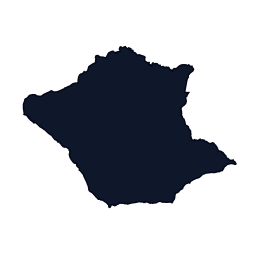 North Efate, Shefa, Vanuatu, rotated 170°
{"feature_id": "77236927B73770222811595", "entity_name": "North Efate", "entity_type": "district", "adm_level": 2, "iso_a3": "VUT", "parent_name": "Vanuatu", "parent_adm1": "Shefa", "projection": "natural_earth1", "projection_center": [168.415, -17.573], "detail": "fine", "context": "isolated", "style": "filled", "palette": "ink", "viewbox_px": 256, "rotation_deg": 170, "n_neighbors": 0, "source": "geoboundaries", "source_scale": "gbopen_adm2", "svg_char_len": 5730}
<svg xmlns="http://www.w3.org/2000/svg" viewBox="0 0 256 256"><g transform="rotate(170 128 128)"><path d="M228.1,159.5L227.6,159.1L226.6,158.8L226.0,158.2L225.3,157.8L224.6,156.0L224.3,155.9L223.8,156.1L223.7,155.5L224.0,155.0L223.9,154.6L223.3,154.4L223.0,153.3L222.6,153.1L222.4,152.4L221.9,152.2L221.4,151.4L220.7,151.0L220.2,149.8L219.7,149.3L219.4,149.5L220.1,150.7L220.1,151.0L219.9,151.1L218.3,149.3L217.4,148.7L214.9,145.3L214.7,144.8L211.6,142.1L211.0,141.2L210.4,140.9L209.7,140.1L208.4,138.2L207.8,137.5L207.1,136.5L206.6,136.1L205.8,135.1L204.7,134.4L204.1,133.5L203.7,132.4L203.3,131.9L202.1,129.5L201.2,129.0L200.6,128.1L199.9,128.0L199.6,127.7L199.5,126.4L199.0,126.2L197.8,126.3L197.4,125.9L197.5,124.7L196.7,124.2L196.6,123.2L196.2,122.9L196.0,122.2L195.3,121.9L195.3,121.2L195.0,120.8L194.5,120.6L193.9,120.2L192.0,120.1L191.4,119.2L191.0,119.0L190.8,118.6L189.8,118.1L189.6,117.8L189.9,116.7L189.7,116.1L189.2,115.7L189.7,113.2L190.3,112.5L190.3,112.3L190.3,110.4L190.0,108.6L189.2,106.5L187.5,103.3L186.2,102.4L186.0,102.5L185.9,102.8L185.7,102.8L184.9,101.7L184.3,101.6L184.3,101.3L184.7,101.0L184.8,100.6L185.0,100.4L185.0,99.7L183.9,98.0L183.2,97.5L183.0,97.2L183.2,94.8L182.7,94.5L182.3,94.1L180.0,90.0L179.8,88.4L177.9,81.5L177.7,79.8L177.4,79.1L177.1,76.8L177.2,73.9L177.0,73.0L176.1,71.9L174.6,70.8L173.1,68.6L171.0,65.1L170.2,64.2L169.6,63.0L168.9,62.9L168.1,63.1L167.6,62.1L167.0,61.8L166.2,61.8L165.4,61.3L162.2,58.2L161.2,56.9L161.1,56.3L160.6,56.0L160.4,55.5L160.5,53.5L160.0,53.0L159.1,53.3L158.5,54.3L157.6,55.2L156.1,55.4L156.1,54.7L155.4,54.4L154.7,53.8L153.3,54.0L152.6,54.6L150.5,54.9L149.8,55.5L149.3,55.5L145.0,54.6L144.8,54.3L144.3,54.0L142.6,54.0L142.0,53.3L141.7,53.2L137.1,53.6L134.2,53.4L129.5,53.6L128.0,52.9L126.3,52.8L125.5,52.0L124.1,51.8L123.9,52.1L123.8,52.7L123.3,52.7L122.9,52.4L122.6,52.0L121.4,51.6L120.5,50.9L119.6,50.8L119.3,50.0L117.8,50.1L117.2,50.3L116.8,49.6L114.4,49.7L113.7,49.4L111.2,50.2L110.3,50.3L109.3,50.3L108.5,50.1L108.1,49.7L107.0,49.1L105.8,48.8L104.8,48.8L104.2,48.4L99.0,47.7L98.5,47.5L97.9,46.9L97.5,46.8L96.0,48.8L95.2,49.5L94.5,50.4L93.2,54.5L92.0,55.7L90.3,55.9L89.0,56.6L87.9,57.8L84.8,58.9L83.9,60.6L81.2,62.9L78.1,63.6L77.6,63.6L77.2,63.2L76.8,63.1L76.4,63.5L76.1,64.3L75.6,64.7L74.1,65.2L73.4,65.6L68.8,66.8L67.6,66.7L65.9,67.3L63.4,68.8L63.0,69.6L60.8,69.6L59.9,70.0L59.8,70.3L59.2,70.1L52.5,69.7L51.7,69.3L50.6,69.3L50.4,69.1L49.2,69.3L48.3,69.2L47.8,69.4L47.6,69.8L47.2,69.4L46.5,69.5L45.9,69.1L45.3,69.5L44.8,69.4L44.2,70.0L43.9,70.1L43.1,69.6L42.8,69.6L41.7,70.6L39.8,73.1L38.1,73.9L37.1,74.7L36.6,74.9L32.7,75.2L30.8,74.6L28.9,73.6L28.2,73.7L27.9,74.2L28.7,76.2L29.5,76.5L29.9,78.2L31.4,78.1L33.1,78.5L33.6,78.8L35.0,80.8L36.1,81.1L36.5,81.6L36.4,83.3L37.5,84.9L38.7,87.2L40.5,88.8L42.5,89.7L43.1,90.4L43.8,93.6L44.4,94.8L44.7,95.7L44.9,96.0L45.6,96.5L46.0,97.8L46.8,98.5L47.4,98.8L48.9,98.2L50.1,98.6L50.8,98.6L53.1,101.1L55.0,101.8L55.2,102.8L56.1,102.8L56.4,103.3L58.8,103.6L58.9,104.4L59.9,104.2L60.9,103.4L61.7,103.4L62.4,104.1L62.8,104.2L63.6,104.4L64.0,104.1L64.5,104.9L65.4,104.5L66.9,105.0L67.4,106.5L67.7,109.8L67.1,111.3L67.3,112.4L66.9,114.2L68.3,116.8L68.5,118.9L68.8,119.3L70.8,120.9L71.0,121.7L71.0,123.9L71.4,127.0L72.4,128.0L72.5,128.5L72.6,130.0L73.3,131.2L73.8,131.7L72.8,132.4L72.5,134.7L72.6,136.5L72.3,138.6L71.8,139.2L69.4,140.6L68.9,140.7L68.0,141.5L67.1,142.0L66.0,144.2L66.0,146.8L66.2,147.8L65.9,148.4L64.6,149.1L63.8,150.6L62.1,152.3L64.1,152.7L67.0,153.7L66.3,153.8L65.6,154.5L62.3,163.4L62.0,164.8L61.5,165.0L61.3,166.1L59.9,167.4L59.5,169.4L59.3,169.8L58.2,170.5L57.3,171.4L54.2,173.0L53.6,173.8L53.3,174.3L53.3,174.9L54.1,176.1L54.3,177.7L55.4,177.6L56.0,178.0L57.2,179.6L57.9,179.5L58.8,179.1L59.3,179.3L59.7,180.0L60.5,180.1L60.6,180.3L63.7,180.8L65.8,180.5L68.3,179.2L69.5,178.3L70.9,178.1L72.3,178.5L73.4,177.9L73.8,177.2L74.0,176.5L74.5,176.4L75.4,177.7L76.8,178.2L77.0,179.8L78.0,180.9L78.8,180.5L79.7,181.4L81.3,181.0L82.8,182.5L83.1,182.5L84.1,182.1L85.2,182.8L85.5,184.2L86.7,184.3L87.2,184.7L87.9,185.9L88.5,186.4L89.7,186.6L91.0,186.5L92.0,187.7L92.4,187.7L93.1,186.9L93.2,185.5L93.6,185.2L94.0,185.2L94.8,186.4L96.2,186.5L96.3,186.7L96.5,187.3L96.4,187.8L95.8,188.2L95.8,188.8L97.6,188.9L98.2,189.6L99.5,190.5L99.7,191.1L99.7,193.0L99.3,194.2L98.9,194.7L99.7,195.6L101.0,196.4L102.9,197.3L103.6,197.9L104.7,198.2L106.2,197.8L106.8,199.1L107.9,200.7L108.4,201.1L108.9,201.2L110.3,202.3L110.3,202.5L109.7,202.9L109.7,203.4L109.9,203.7L110.3,203.8L110.9,203.7L111.9,203.8L113.0,204.6L113.0,205.0L111.4,205.2L111.4,205.5L113.4,206.8L114.1,206.3L115.1,206.2L115.8,207.4L116.4,207.7L116.5,208.5L117.8,208.5L118.4,207.9L119.3,207.8L120.7,208.9L121.4,209.2L122.3,208.2L122.8,207.0L122.2,205.7L122.3,205.0L122.9,204.6L123.6,204.9L125.8,204.7L125.2,204.4L125.7,203.9L126.7,203.9L128.1,204.5L128.7,204.9L128.9,205.9L129.6,206.2L131.1,206.1L134.0,205.3L137.5,200.8L140.4,202.1L142.9,202.6L143.7,203.4L144.3,203.5L144.6,204.2L145.0,204.6L146.4,204.7L147.1,204.5L147.8,203.1L147.5,201.8L148.2,199.9L148.5,198.0L152.0,197.0L155.9,195.2L157.6,191.7L158.4,190.9L159.0,190.6L161.0,190.5L161.4,191.1L162.4,190.1L163.5,189.3L165.2,189.3L166.3,188.7L167.5,187.1L168.3,185.3L168.9,183.1L169.0,182.0L169.7,181.1L170.3,181.0L171.6,181.3L172.9,181.3L174.9,181.0L178.3,179.3L179.5,179.2L182.0,178.4L183.4,178.3L184.2,177.5L185.8,177.3L186.4,177.0L191.4,175.9L193.6,176.1L194.1,175.9L197.2,178.0L198.3,177.4L203.5,176.1L204.3,175.8L205.5,175.6L206.9,174.6L208.0,174.4L209.0,174.4L211.7,175.2L212.7,175.7L213.4,176.7L215.8,177.3L218.8,177.3L219.9,176.8L222.1,174.9L224.0,174.5L224.6,173.8L225.1,172.5L226.8,169.6L227.1,167.6L227.5,165.9L227.6,160.4L228.1,159.5Z" fill="#0f172a" stroke="#020617" stroke-width="1.5"/></g></svg>